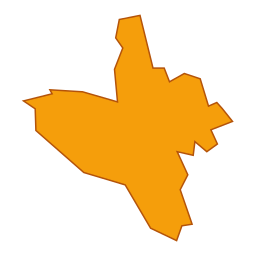 Torit, Eastern Equatoria, South Sudan
{"feature_id": "79223893B91619257593054", "entity_name": "Torit", "entity_type": "district", "adm_level": 2, "iso_a3": "SSD", "parent_name": "South Sudan", "parent_adm1": "Eastern Equatoria", "projection": "orthographic", "projection_center": [32.622, 4.383], "detail": "fine", "context": "isolated", "style": "filled", "palette": "amber", "viewbox_px": 256, "rotation_deg": 0, "n_neighbors": 0, "source": "geoboundaries", "source_scale": "gbopen_adm2", "svg_char_len": 543}
<svg xmlns="http://www.w3.org/2000/svg" viewBox="0 0 256 256"><path d="M35.9,130.5L83.8,172.5L125.2,184.9L150.6,228.2L176.6,240.6L181.9,225.8L192.1,224.2L180.2,189.7L187.8,174.8L177.2,151.7L193.2,155.3L194.9,141.6L206.8,151.7L217.4,144.0L210.9,129.8L232.5,121.4L222.1,108.4L216.8,102.5L208.5,106.1L200.2,78.8L184.3,73.5L169.5,81.8L164.2,68.1L153.0,68.1L140.0,15.4L119.3,19.5L115.7,37.9L122.8,48.0L114.5,69.3L117.5,101.9L82.6,91.8L49.9,89.8L52.1,93.8L23.5,100.9L35.2,108.8L35.9,130.5Z" fill="#f59e0b" stroke="#b45309" stroke-width="1.5"/></svg>